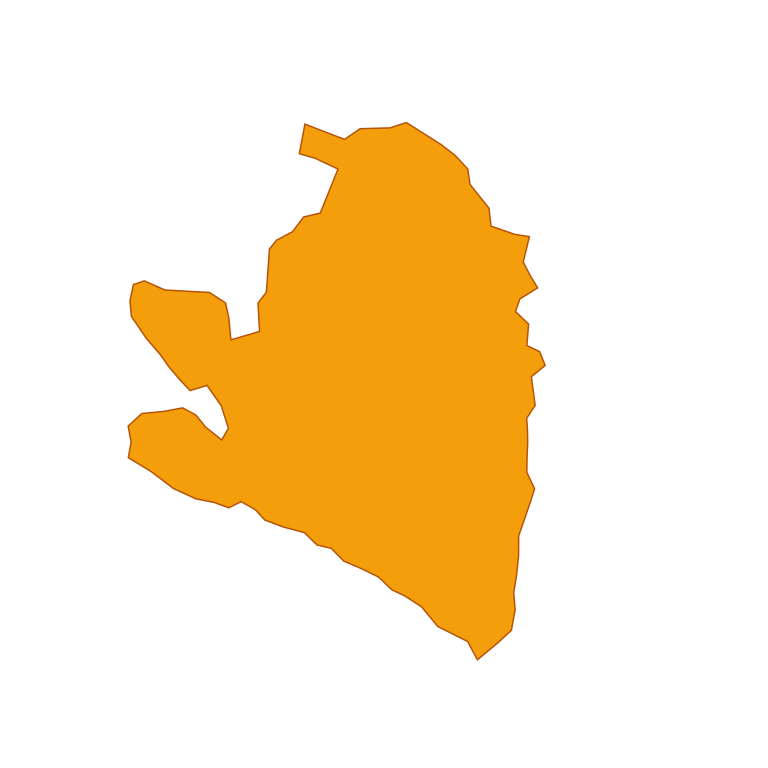 São Pedro das Missões, Rio Grande do Sul, Brazil, rotated 310°
{"feature_id": "56859067B26202031043792", "entity_name": "São Pedro das Missões", "entity_type": "district", "adm_level": 2, "iso_a3": "BRA", "parent_name": "Brazil", "parent_adm1": "Rio Grande do Sul", "projection": "natural_earth1", "projection_center": [-53.242, -27.782], "detail": "fine", "context": "isolated", "style": "filled", "palette": "amber", "viewbox_px": 768, "rotation_deg": 310, "n_neighbors": 0, "source": "geoboundaries", "source_scale": "gbopen_adm2", "svg_char_len": 1335}
<svg xmlns="http://www.w3.org/2000/svg" viewBox="0 0 768 768"><g transform="rotate(310 384 384)"><path d="M167.2,261.7L168.6,290.0L175.1,313.7L184.2,330.3L189.4,344.7L202.0,350.1L205.0,365.9L203.2,380.3L209.9,399.2L219.0,418.7L217.6,436.2L224.2,449.2L222.5,467.3L227.4,483.1L232.6,503.7L231.4,522.4L234.9,535.6L237.5,555.7L232.8,581.1L240.5,613.6L232.8,632.8L259.2,637.6L277.2,639.9L295.2,629.7L307.5,617.5L322.7,608.5L339.3,597.2L354.2,584.8L386.7,572.4L400.5,566.7L408.2,550.1L420.8,539.9L431.5,531.7L440.6,523.8L449.5,515.3L464.7,513.6L484.3,492.2L501.8,495.5L508.8,482.6L505.3,468.7L522.8,456.3L524.0,438.2L536.6,433.4L556.4,439.9L561.1,426.1L567.0,412.2L590.3,400.7L582.6,387.7L573.7,364.5L586.1,351.5L592.2,321.6L602.5,310.0L604.8,291.9L604.1,273.9L598.7,233.2L584.0,223.9L564.2,201.6L546.0,196.5L532.2,156.4L506.0,171.1L512.6,186.0L519.1,210.6L474.0,225.3L460.3,215.1L441.8,216.0L425.0,209.2L413.8,209.5L378.7,234.9L365.0,235.5L344.2,254.9L319.4,238.3L334.6,223.0L344.2,210.6L341.9,191.4L315.2,155.8L308.9,134.1L299.1,128.1L284.2,136.1L273.4,147.1L266.2,172.5L262.7,193.9L258.9,208.1L256.1,224.7L254.3,239.7L269.2,249.3L262.7,273.3L250.1,293.3L236.8,295.6L236.3,275.3L239.3,260.0L236.3,245.1L221.1,232.6L205.7,217.4L187.3,215.1L177.0,227.6L163.2,235.5L167.2,261.7Z" fill="#f59e0b" stroke="#b45309" stroke-width="1.5"/></g></svg>